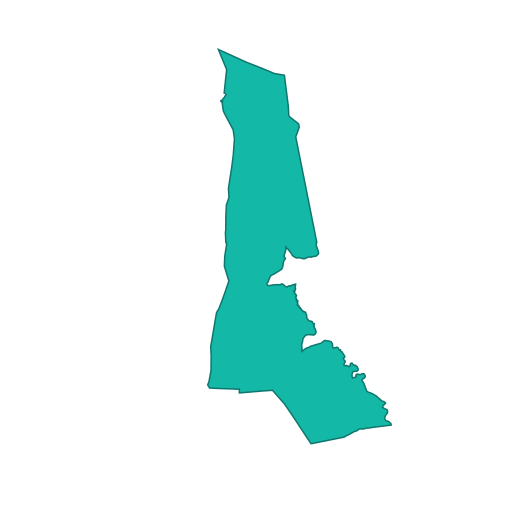 outline of San Sebastián Coatlán, Oaxaca, Mexico, rotated 339°
{"feature_id": "50627088B46272999254732", "entity_name": "San Sebastián Coatlán", "entity_type": "district", "adm_level": 2, "iso_a3": "MEX", "parent_name": "Mexico", "parent_adm1": "Oaxaca", "projection": "natural_earth1", "projection_center": [-96.86, 16.104], "detail": "fine", "context": "isolated", "style": "filled", "palette": "teal", "viewbox_px": 512, "rotation_deg": 339, "n_neighbors": 0, "source": "geoboundaries", "source_scale": "gbopen_adm2", "svg_char_len": 6008}
<svg xmlns="http://www.w3.org/2000/svg" viewBox="0 0 512 512"><g transform="rotate(339 256 256)"><path d="M233.5,421.0L237.3,438.4L240.1,451.0L260.6,454.5L272.8,456.6L273.4,456.7L274.1,456.5L274.9,456.3L275.2,456.3L275.9,456.2L276.9,456.1L278.5,456.1L279.4,455.8L280.3,455.8L280.8,455.8L281.9,455.6L282.8,455.4L284.0,455.3L284.9,455.0L285.7,455.2L286.5,455.3L287.4,455.3L288.2,455.2L288.8,454.9L289.8,454.7L290.6,454.7L291.4,454.9L292.2,455.1L292.9,455.4L293.2,455.7L293.9,455.9L294.6,456.0L295.3,456.1L296.0,456.2L296.7,456.2L297.6,456.2L298.1,456.4L298.5,456.6L298.8,456.8L299.7,457.0L300.4,457.1L301.0,457.3L301.3,457.5L302.6,457.6L321.6,462.3L321.9,460.6L321.4,459.9L321.1,459.0L320.2,457.8L319.5,457.4L318.1,455.8L317.9,453.7L318.0,453.3L320.3,450.9L321.3,450.2L322.3,449.9L323.2,448.2L323.2,446.2L321.4,444.8L319.9,442.5L321.4,440.9L322.9,440.6L324.3,439.7L323.4,437.9L321.7,436.6L319.4,432.4L318.4,430.2L315.1,426.0L312.1,423.4L311.0,422.0L311.0,414.6L311.1,413.6L310.8,411.9L310.3,410.9L310.5,409.7L312.0,408.9L313.1,408.9L314.0,408.3L314.4,408.2L314.8,407.7L315.0,406.8L314.6,404.6L314.2,404.3L313.3,404.0L311.1,404.1L309.6,403.5L308.6,402.7L307.5,402.5L306.5,403.0L306.7,403.4L306.2,404.8L302.5,404.4L302.5,402.9L303.1,401.2L304.7,398.9L306.8,399.0L308.8,399.8L310.3,399.2L310.8,398.6L310.9,398.0L310.8,396.2L310.8,395.7L310.3,394.8L309.4,393.4L308.7,393.5L307.4,391.5L307.2,390.3L305.8,390.2L305.1,390.9L304.9,392.0L303.2,392.7L301.5,390.7L299.6,390.2L299.2,389.9L299.3,388.5L301.5,386.7L301.5,385.7L300.9,384.4L300.7,383.3L301.0,382.5L301.6,382.7L302.8,382.0L302.9,380.8L302.1,377.7L302.1,376.6L301.2,375.7L301.1,374.4L301.2,373.8L300.1,373.7L299.9,372.9L299.8,372.3L299.9,371.5L299.7,371.0L299.2,370.5L298.6,370.1L297.6,370.1L296.9,369.9L295.9,369.8L295.1,369.5L295.0,369.0L295.1,367.7L295.5,366.7L295.8,365.4L295.7,364.3L295.3,362.9L294.5,362.2L293.8,361.7L292.9,361.1L292.0,360.8L291.2,360.1L290.3,359.6L289.5,359.5L288.5,359.7L287.0,360.3L285.4,360.8L284.5,360.6L274.3,359.8L273.3,360.1L272.3,360.2L270.9,360.0L270.1,360.1L268.7,360.3L266.7,360.9L266.1,361.1L265.6,361.2L264.7,361.6L264.8,360.5L265.7,359.3L266.0,358.1L266.2,357.3L266.4,356.7L266.8,355.4L267.2,354.5L268.2,353.4L269.3,351.8L269.8,350.6L270.5,350.0L271.6,349.1L272.5,348.6L273.4,348.1L273.9,347.8L275.3,347.9L276.4,348.1L277.7,348.6L278.9,349.1L280.0,349.7L281.3,350.4L281.7,350.5L282.7,350.2L283.7,349.8L284.3,349.3L284.8,348.5L285.0,347.2L285.1,346.0L285.1,345.0L284.8,343.8L284.7,342.5L284.7,342.4L285.1,342.3L285.0,341.6L285.5,341.4L286.2,340.3L286.1,340.0L285.4,339.9L285.3,339.3L284.9,338.8L285.1,337.8L285.0,337.6L284.5,337.5L284.4,337.4L284.4,336.9L284.0,336.5L283.7,336.5L283.3,336.1L282.6,335.8L282.0,335.2L281.7,333.7L281.3,333.2L281.2,333.0L281.2,332.8L281.3,332.3L281.7,330.0L281.9,329.8L282.2,329.0L282.1,328.8L281.9,328.5L281.8,328.1L282.1,327.1L282.2,326.7L282.0,326.1L281.6,326.1L281.3,325.6L280.8,325.3L280.7,324.6L280.0,324.6L279.6,323.9L279.6,323.4L279.3,323.2L279.2,321.5L278.8,321.1L278.4,321.0L278.3,320.7L278.5,320.4L278.8,320.1L278.3,319.4L277.8,318.9L277.6,318.1L277.6,317.9L277.8,317.9L278.1,318.0L278.2,317.6L277.6,316.8L277.3,316.8L277.0,316.3L277.1,316.1L277.5,316.2L277.9,315.5L277.9,315.1L278.0,314.9L278.1,314.7L277.9,313.9L278.1,313.9L278.4,313.8L278.4,313.5L278.6,313.4L278.8,313.4L279.0,312.9L278.6,312.2L278.2,312.1L277.8,311.8L277.8,311.6L278.4,311.1L278.4,310.1L278.2,309.9L278.2,308.9L279.0,308.3L278.9,307.9L279.0,307.7L279.4,307.5L279.6,307.4L279.5,307.1L279.6,306.8L279.4,306.4L279.4,306.1L279.1,305.7L279.0,305.2L279.1,304.9L278.4,304.0L278.5,303.8L278.8,303.7L279.0,303.1L278.9,302.6L278.9,302.4L279.0,302.4L279.3,302.1L279.5,302.1L279.6,302.3L279.6,302.5L279.9,302.6L280.1,302.0L280.4,301.5L281.1,301.1L281.2,300.5L281.1,300.0L281.4,299.4L281.4,298.9L282.5,297.3L282.9,296.4L279.4,296.1L278.1,296.4L276.9,295.8L275.4,295.7L273.9,296.1L273.3,295.7L272.4,294.6L271.7,293.3L270.9,291.8L269.7,291.2L268.9,291.6L267.3,291.1L265.9,290.5L264.2,289.9L262.8,289.4L261.0,289.0L259.2,288.7L257.9,288.4L256.5,287.8L256.2,286.9L256.1,285.9L256.8,285.1L257.6,284.8L258.4,284.3L259.2,283.0L260.5,281.8L261.5,280.7L262.5,279.9L264.2,279.4L266.6,279.3L268.9,278.8L271.7,278.3L274.1,277.8L275.5,277.4L276.9,275.9L277.8,274.4L278.9,272.5L279.8,271.0L280.4,270.4L281.5,269.8L282.0,269.4L282.5,269.0L282.6,268.7L282.5,268.3L282.2,267.4L282.1,266.0L282.9,264.9L283.8,264.0L284.3,263.3L285.0,262.5L285.4,261.8L285.8,261.3L286.3,260.6L286.5,260.2L287.1,258.5L287.8,260.2L288.5,261.4L288.8,262.9L289.2,264.2L289.8,265.4L289.8,266.9L290.2,268.5L290.7,269.6L291.5,270.6L292.8,272.1L294.5,272.9L295.6,272.9L296.9,273.8L297.7,274.5L299.2,275.5L300.1,275.9L301.2,275.9L302.3,275.9L304.0,275.8L305.5,275.8L306.7,276.9L308.3,276.9L309.6,277.1L310.6,277.3L311.5,277.6L312.8,277.5L313.5,277.1L314.7,276.6L315.3,276.1L315.7,274.6L315.9,273.0L315.9,271.4L316.0,269.4L316.0,267.8L316.4,266.3L317.6,265.2L335.8,159.0L342.6,151.2L343.1,147.8L341.8,145.6L340.3,143.2L338.8,140.7L337.4,138.3L336.9,136.8L339.8,127.9L347.3,97.4L338.5,92.2L330.6,84.6L315.8,71.0L294.9,49.7L295.4,71.4L284.7,92.4L284.9,92.5L285.5,93.2L285.7,93.9L285.8,94.7L285.5,95.1L285.0,95.4L284.3,95.6L284.1,95.7L283.9,96.0L283.7,96.3L283.3,96.6L282.6,96.9L282.1,97.0L281.6,97.4L281.4,97.6L281.1,97.9L280.6,98.2L280.0,98.5L279.2,98.3L278.7,98.5L278.7,98.9L279.9,98.9L280.1,99.0L280.2,99.5L279.6,100.0L279.3,100.1L279.6,100.6L279.3,100.8L278.0,106.6L277.5,108.8L277.5,109.0L277.7,111.9L277.9,113.9L278.1,115.7L278.2,116.5L279.9,130.0L277.9,138.8L270.7,154.1L265.2,164.3L254.4,183.2L251.8,191.6L246.7,197.6L242.2,207.8L237.1,220.8L235.8,223.2L232.6,232.8L233.3,233.6L226.8,244.9L224.7,249.7L222.8,254.2L221.7,269.6L214.3,278.5L207.9,285.9L206.2,287.7L203.0,291.4L201.8,292.4L198.9,294.7L195.1,301.0L181.3,324.3L178.4,333.0L172.9,346.9L167.0,356.5L164.7,359.0L165.3,362.6L175.3,367.0L192.7,374.4L191.4,377.9L202.1,381.0L210.0,383.3L213.9,384.4L221.9,386.9L223.2,387.1L229.6,404.4L233.5,421.0Z" fill="#14b8a6" stroke="#0f766e" stroke-width="1.5"/></g></svg>